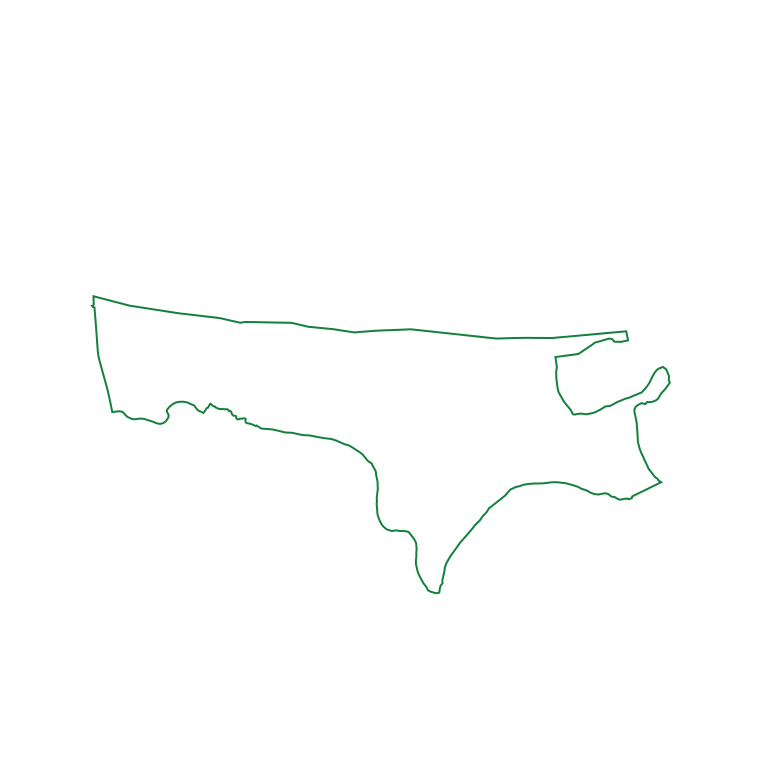 outline of Ilaje, Ondo, Nigeria, rotated 142°
{"feature_id": "59680162B44253410475450", "entity_name": "Ilaje", "entity_type": "district", "adm_level": 2, "iso_a3": "NGA", "parent_name": "Nigeria", "parent_adm1": "Ondo", "projection": "mercator", "projection_center": [4.771, 6.193], "detail": "fine", "context": "isolated", "style": "outline", "palette": "green", "viewbox_px": 768, "rotation_deg": 142, "n_neighbors": 0, "source": "geoboundaries", "source_scale": "gbopen_adm2", "svg_char_len": 4510}
<svg xmlns="http://www.w3.org/2000/svg" viewBox="0 0 768 768"><g transform="rotate(142 384 384)"><path d="M558.9,632.0L563.7,625.5L565.1,624.8L565.9,625.3L566.0,623.9L565.0,622.6L575.5,606.7L589.2,586.3L592.2,581.1L593.9,577.4L605.2,550.1L609.6,540.8L615.4,529.2L609.2,525.4L607.1,522.9L606.8,518.6L606.4,515.9L604.1,511.6L602.6,510.0L600.9,508.9L597.1,506.7L594.5,504.1L592.4,501.1L589.3,496.5L587.7,493.6L585.9,491.3L584.8,490.3L582.1,489.1L580.2,488.9L578.1,489.1L576.3,489.7L574.4,490.5L573.2,491.6L572.7,492.6L572.3,495.0L571.9,496.4L570.8,497.3L566.8,498.1L563.5,498.2L560.5,497.8L559.0,497.4L556.1,495.9L553.1,493.6L550.8,491.1L549.7,489.5L549.0,487.7L547.8,485.8L547.0,484.5L546.8,483.4L547.0,479.2L546.3,476.6L545.1,474.5L544.2,472.4L543.5,472.4L538.4,474.2L538.0,474.1L537.3,473.7L536.0,474.2L534.9,474.8L533.4,475.3L532.8,475.2L532.8,474.3L532.5,473.2L532.1,471.7L531.5,470.5L531.2,470.3L531.0,470.0L531.2,469.3L530.7,468.6L529.7,466.3L525.8,462.9L524.5,461.7L523.1,460.7L522.7,459.5L522.7,457.9L521.6,457.0L521.5,456.1L521.8,455.5L522.2,454.1L522.4,453.1L522.2,451.9L520.8,450.5L520.5,449.9L520.5,449.3L521.3,448.3L521.5,447.7L521.4,446.5L520.8,445.9L519.8,445.5L518.9,445.5L518.0,444.6L517.2,444.0L516.2,443.7L515.2,443.0L514.5,442.0L514.6,441.4L515.1,441.0L516.0,440.2L516.3,439.5L516.5,438.6L516.1,437.5L514.3,435.5L512.2,432.4L511.1,430.1L510.5,429.6L509.9,429.6L508.2,424.5L500.0,417.0L496.9,413.3L491.7,406.6L486.4,402.1L483.4,398.4L478.9,393.2L474.4,389.4L469.9,384.2L465.3,379.0L459.3,373.0L456.3,368.6L454.0,364.1L451.8,360.3L449.5,357.4L448.0,353.6L446.5,349.1L445.0,344.7L444.2,341.6L444.2,337.9L444.1,333.4L443.4,331.2L442.6,328.9L442.8,328.3L443.4,325.9L444.1,320.7L446.3,316.9L447.8,313.9L449.3,310.9L451.5,307.9L453.7,304.9L456.7,301.9L459.7,298.9L461.9,295.8L463.4,294.3L464.1,293.3L464.9,292.1L469.4,285.2L470.8,281.5L471.6,278.5L472.3,274.7L472.3,272.5L471.5,268.0L468.5,263.5L464.7,261.3L462.5,259.0L461.0,257.5L458.7,256.0L455.7,252.3L455.7,247.1L455.7,243.3L456.4,239.6L457.1,238.1L460.1,233.6L462.3,231.3L464.6,228.3L466.0,226.8L467.5,225.3L469.8,222.3L471.2,219.2L472.0,217.7L473.5,214.0L474.2,211.0L474.9,207.2L475.6,202.8L475.6,202.1L475.6,200.6L475.6,197.6L476.3,194.6L475.5,192.3L472.5,187.9L471.0,186.4L468.8,185.6L466.5,187.9L463.6,190.2L460.6,190.9L459.1,193.2L455.4,196.2L450.9,200.0L448.7,202.2L444.9,204.5L437.5,207.5L429.3,209.8L421.8,212.1L405.3,215.2L399.4,216.7L392.6,217.5L387.4,219.1L382.2,219.8L377.7,221.4L372.5,221.4L371.4,221.4L367.8,221.4L365.7,221.4L360.5,221.5L356.8,221.5L353.8,222.2L349.3,223.0L343.3,221.6L340.3,220.1L335.8,218.6L332.0,216.4L328.3,214.1L325.3,211.9L321.5,208.9L317.0,206.0L311.8,203.0L307.3,199.3L307.1,199.1L304.3,196.3L303.6,195.7L302.1,194.2L299.7,191.1L297.5,188.1L294.5,183.6L292.9,179.9L289.9,175.4L289.2,173.9L288.4,171.6L286.1,167.9L283.1,164.9L278.6,162.7L276.4,161.2L274.9,159.0L274.1,155.2L271.9,153.0L271.1,150.7L269.6,147.8L267.9,146.8L265.7,145.6L262.8,144.0L262.1,142.5L259.1,141.5L257.6,142.6L244.4,139.8L226.1,136.0L226.9,138.2L226.9,141.2L227.7,143.5L227.7,147.2L227.7,150.2L227.7,154.0L227.0,157.0L226.3,160.0L225.5,163.7L224.8,166.0L224.1,169.7L222.6,175.0L219.7,181.8L218.2,184.0L215.5,187.9L214.5,189.3L211.5,193.8L208.5,198.3L207.8,199.8L206.3,202.8L204.1,207.3L202.6,209.6L201.1,210.4L199.6,211.1L196.6,211.1L192.9,210.4L190.4,207.3L187.8,207.8L184.6,205.2L180.1,203.7L177.1,203.7L174.9,204.5L171.2,206.0L165.9,206.8L158.0,209.0L157.0,212.1L154.8,214.4L154.0,216.6L152.6,221.9L153.8,225.8L156.1,226.4L158.1,227.0L160.1,227.1L163.8,226.3L167.5,224.8L170.5,223.3L173.5,221.8L178.0,220.2L181.7,219.5L186.2,218.7L188.4,219.4L191.4,220.2L193.7,220.9L199.7,222.4L202.7,223.8L206.4,224.8L211.7,226.3L219.0,227.4L223.3,230.0L228.4,230.5L235.3,231.8L240.5,234.1L243.5,235.8L245.5,237.9L247.0,239.4L250.3,241.5L252.3,242.3L253.7,243.8L252.9,248.4L252.9,251.4L253.0,255.1L253.0,259.6L251.6,269.4L250.8,271.6L249.3,274.6L247.1,278.4L244.9,282.1L242.7,285.1L240.4,288.1L237.5,290.7L232.3,299.7L212.4,288.0L195.8,286.8L192.4,286.8L187.9,284.9L183.1,283.0L178.5,281.1L176.6,279.0L176.5,275.6L173.4,273.0L171.3,271.3L164.8,268.1L160.7,276.4L223.3,316.8L243.4,332.7L248.6,336.7L253.8,340.6L266.9,350.2L267.1,350.3L275.4,358.3L322.4,404.0L329.2,410.6L342.9,420.4L351.6,426.7L357.5,430.9L372.8,441.1L373.7,441.6L375.6,442.9L386.6,454.5L386.8,454.8L389.8,458.0L408.4,475.7L419.3,489.2L455.0,518.2L459.6,520.8L472.8,537.0L502.8,566.7L536.1,602.2L545.3,614.2L558.9,632.0Z" fill="none" stroke="#15803d" stroke-width="2"/></g></svg>